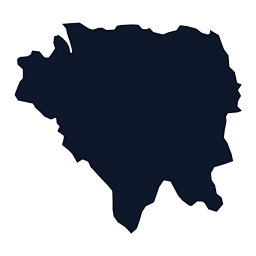 Souni Zanakia, Limassol, Cyprus (Mercator projection)
{"feature_id": "46923920B21647228964457", "entity_name": "Souni Zanakia", "entity_type": "district", "adm_level": 2, "iso_a3": "CYP", "parent_name": "Cyprus", "parent_adm1": "Limassol", "projection": "mercator", "projection_center": [32.882, 34.731], "detail": "fine", "context": "isolated", "style": "filled", "palette": "ink", "viewbox_px": 256, "rotation_deg": 0, "n_neighbors": 0, "source": "geoboundaries", "source_scale": "gbopen_adm2", "svg_char_len": 1666}
<svg xmlns="http://www.w3.org/2000/svg" viewBox="0 0 256 256"><path d="M131.2,232.6L136.3,228.0L138.7,221.0L141.4,211.8L145.4,205.6L153.4,201.8L156.6,192.4L158.6,186.6L163.6,179.4L171.1,181.0L178.7,195.2L182.7,199.8L189.3,204.8L191.5,205.2L196.9,200.6L202.6,200.8L205.0,202.4L208.8,208.6L216.4,211.0L222.4,204.0L221.0,198.0L216.0,194.0L214.4,185.4L211.0,180.4L210.2,173.0L213.8,166.6L225.0,163.2L232.3,160.6L230.7,153.6L228.1,147.0L226.8,143.4L223.1,137.8L224.0,130.2L225.7,121.4L225.2,116.4L227.6,112.5L237.3,111.7L240.6,110.5L236.7,106.7L237.3,100.8L240.2,95.8L237.0,90.0L239.4,86.8L240.6,84.9L236.5,83.3L234.1,72.4L228.6,67.0L227.8,55.8L223.2,49.4L218.2,35.6L210.8,31.3L211.0,33.4L208.4,35.4L201.8,33.7L195.8,29.2L187.0,26.9L180.4,26.0L177.1,30.8L169.0,32.9L163.1,35.2L153.0,32.8L149.4,28.9L145.8,30.1L141.9,29.6L138.2,25.5L133.5,25.2L131.0,25.2L121.6,25.7L117.4,26.4L114.9,30.3L106.5,30.8L102.0,28.4L98.3,28.7L92.9,30.5L88.5,29.2L79.4,23.4L69.5,24.0L63.5,24.5L66.7,28.0L67.8,33.5L70.2,40.5L72.4,48.2L73.1,53.2L69.7,53.7L68.5,47.2L66.2,43.0L62.2,38.7L58.5,35.9L54.8,37.0L54.1,42.8L55.9,48.4L52.2,54.2L49.0,58.4L44.0,58.1L39.1,52.1L32.6,51.4L31.4,54.9L27.8,57.0L20.1,57.7L17.9,59.3L18.2,64.1L23.6,69.0L23.6,78.5L20.3,82.1L17.6,88.9L15.4,94.8L18.5,99.8L26.2,101.4L33.3,102.9L36.2,107.6L40.9,111.8L44.9,115.9L51.0,118.7L56.7,116.5L57.5,123.0L60.5,126.2L58.4,131.0L64.5,135.4L64.5,138.5L63.5,142.2L62.9,144.6L69.3,149.9L72.9,153.6L77.5,161.7L82.5,158.5L88.7,161.1L91.1,166.5L100.1,176.3L107.8,184.4L113.0,190.6L113.3,200.1L113.3,209.5L114.4,216.1L118.3,221.7L119.7,222.6L125.7,226.6L130.0,231.1L131.2,232.6Z" fill="#0f172a" stroke="#020617" stroke-width="1.5"/></svg>